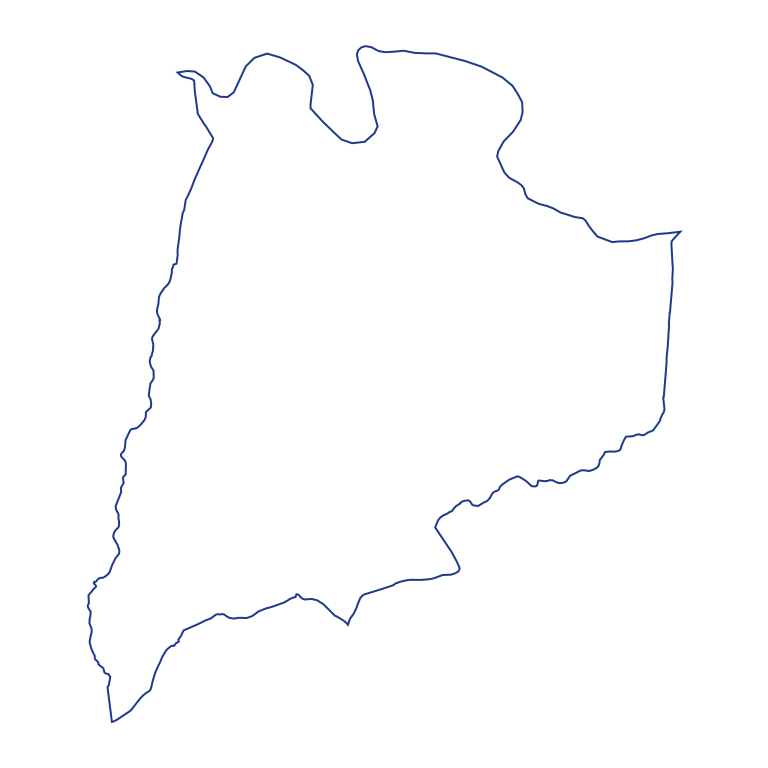 Unguriu, Buzau, Romania
{"feature_id": "2599482B64546801650648", "entity_name": "Unguriu", "entity_type": "district", "adm_level": 2, "iso_a3": "ROU", "parent_name": "Romania", "parent_adm1": "Buzau", "projection": "natural_earth1", "projection_center": [26.623, 45.27], "detail": "fine", "context": "isolated", "style": "outline", "palette": "blue", "viewbox_px": 768, "rotation_deg": 0, "n_neighbors": 0, "source": "geoboundaries", "source_scale": "gbopen_adm2", "svg_char_len": 6050}
<svg xmlns="http://www.w3.org/2000/svg" viewBox="0 0 768 768"><path d="M347.9,624.8L349.9,619.0L350.7,617.7L353.6,613.9L356.3,608.3L357.6,604.4L360.2,598.2L362.0,596.0L364.1,594.5L382.2,588.9L392.8,585.4L393.8,584.8L395.6,583.4L396.4,583.1L397.5,583.0L398.7,582.2L404.8,580.6L410.0,579.8L420.8,579.9L427.6,579.4L431.8,578.8L435.7,577.6L442.7,575.0L450.8,574.7L455.0,573.4L458.2,571.5L459.0,570.3L459.6,568.8L459.3,567.1L456.8,561.7L451.8,552.3L435.2,527.5L436.8,523.3L438.2,520.1L440.2,517.7L441.6,516.5L444.0,515.0L444.8,514.9L447.3,513.6L449.8,511.9L450.6,511.5L451.3,511.5L452.8,510.1L453.3,509.1L454.4,507.8L455.8,506.4L457.9,504.9L460.3,503.5L460.2,503.0L462.4,501.5L463.9,500.9L467.1,500.4L468.6,500.4L469.5,501.0L470.4,501.9L472.1,504.6L473.4,505.4L477.3,505.9L478.0,505.9L479.5,505.2L483.4,502.7L487.2,501.0L489.5,498.5L492.4,493.4L493.8,492.1L495.4,491.2L496.9,490.9L498.3,490.0L499.3,488.8L499.6,487.6L500.4,486.4L502.5,484.4L509.0,479.8L516.8,476.5L517.8,476.4L518.9,476.7L521.1,477.8L526.4,481.3L531.5,486.0L533.1,486.3L535.2,486.4L536.6,486.0L537.6,484.3L537.7,482.6L538.1,481.2L538.4,480.8L538.8,480.5L544.7,481.2L548.1,480.8L549.9,480.0L551.1,480.3L552.8,480.3L554.3,481.2L556.9,482.4L558.9,483.0L560.4,483.1L562.7,482.8L565.1,482.1L566.6,481.0L569.5,476.6L570.2,475.8L571.4,475.1L575.8,473.0L580.4,470.6L581.8,470.3L584.0,470.3L589.0,471.0L593.0,469.9L594.4,469.0L596.6,468.0L598.2,466.4L598.8,465.2L599.4,463.3L599.9,459.6L601.1,458.5L603.8,454.7L604.9,452.2L606.0,451.9L608.7,451.6L611.4,451.5L614.2,451.7L617.8,451.1L619.7,450.2L620.8,448.5L621.5,445.8L622.8,442.7L624.5,439.2L625.6,437.2L626.0,436.7L633.1,436.2L636.4,434.7L638.9,434.3L641.4,435.1L643.3,435.2L644.6,434.7L647.7,432.6L653.0,430.5L657.5,424.4L660.3,420.3L660.2,419.1L662.1,414.8L662.9,413.8L663.9,411.9L664.5,409.1L663.2,397.5L663.5,396.7L663.8,396.7L666.0,369.8L666.3,365.3L666.6,362.6L666.5,360.3L666.7,356.6L667.7,346.8L669.1,324.9L668.8,324.6L669.7,312.5L670.0,312.3L672.5,282.9L672.3,278.4L672.9,268.9L672.6,265.5L671.4,244.2L671.7,241.3L672.9,239.7L680.3,231.7L668.4,233.2L657.7,234.0L651.4,235.5L644.4,238.2L636.4,240.3L628.8,241.3L619.2,241.4L612.3,242.1L597.5,236.6L592.6,230.9L588.9,226.0L585.4,220.4L582.6,218.2L575.0,217.1L560.5,212.5L553.7,208.6L547.7,206.2L538.7,203.8L527.7,198.3L525.3,194.1L523.9,188.5L521.9,185.6L517.5,182.3L509.2,177.8L504.6,172.8L502.5,168.5L497.1,156.4L498.4,150.8L503.8,141.3L512.9,131.9L520.7,120.0L522.6,112.0L522.1,102.1L518.2,94.7L512.6,85.9L502.5,77.5L481.5,66.6L464.9,61.0L435.7,53.4L427.3,53.4L414.8,52.9L403.4,50.7L396.5,51.5L385.5,52.2L378.6,51.1L371.6,47.3L365.7,46.1L361.3,47.4L358.1,50.5L356.9,54.5L358.0,60.9L363.9,74.1L370.2,90.3L372.8,100.2L374.1,113.8L377.6,126.4L374.6,133.0L364.7,141.8L352.1,143.2L341.6,139.6L336.6,135.0L322.7,121.6L310.6,108.4L310.5,104.9L312.8,85.0L309.3,75.9L302.5,69.8L295.8,64.9L280.0,57.4L267.1,53.6L254.5,57.8L245.8,66.3L233.8,92.3L227.6,97.0L220.5,96.8L212.7,93.3L210.0,86.4L203.5,77.4L194.9,71.6L187.1,71.0L177.6,72.5L180.6,75.1L182.4,76.4L184.7,77.2L191.5,78.8L194.1,80.5L194.9,92.1L197.6,112.0L197.6,113.5L204.6,124.8L205.3,125.4L212.6,137.3L213.0,138.3L212.9,139.5L212.6,140.6L211.3,143.4L207.9,149.6L202.4,162.2L199.4,168.7L194.5,179.8L191.3,188.3L187.6,196.5L185.8,199.7L184.3,209.3L183.8,210.8L182.7,213.1L181.9,218.0L180.6,224.9L179.8,231.0L179.4,236.3L177.9,247.1L177.5,251.4L177.7,254.9L176.5,263.5L176.0,264.0L173.5,264.6L172.9,267.5L171.9,268.9L171.9,272.0L170.9,277.3L169.8,281.1L168.4,283.8L166.6,285.8L164.4,287.9L161.0,292.8L159.7,295.1L158.9,297.5L158.4,304.0L157.5,307.3L157.0,310.3L157.1,312.4L157.5,314.3L160.2,320.0L159.4,320.4L159.9,322.6L159.3,325.7L158.5,328.7L153.2,335.7L152.4,337.1L152.0,338.9L153.3,344.6L153.1,348.9L152.7,351.7L151.8,354.4L151.8,355.5L150.3,357.9L149.7,361.4L150.4,364.8L151.5,367.5L152.7,369.3L153.6,370.9L153.7,378.0L152.7,380.2L150.4,383.6L148.9,394.1L148.9,395.9L150.6,399.4L151.2,403.4L150.8,407.5L146.2,411.8L145.9,412.3L145.8,416.8L144.7,419.7L140.8,424.6L137.4,427.7L135.1,428.5L131.9,429.0L130.6,429.7L129.3,432.1L125.6,440.0L124.9,447.8L123.9,450.8L121.5,453.4L121.0,454.6L120.9,455.6L121.6,457.1L124.9,460.5L125.9,463.2L125.7,474.5L123.7,476.4L122.9,477.9L123.3,480.2L123.6,483.1L121.0,487.6L121.0,490.2L121.2,492.0L115.6,506.3L116.1,509.7L118.1,513.2L118.6,515.3L118.6,516.5L118.3,517.5L119.0,521.1L119.1,525.2L118.4,527.3L115.1,530.8L114.4,531.9L113.4,535.1L113.3,537.4L118.1,545.9L118.2,547.2L119.2,549.3L119.3,551.9L119.0,553.8L115.8,557.7L112.3,564.6L109.7,571.9L108.9,573.2L106.7,575.4L104.2,577.1L102.9,577.7L100.5,577.9L99.0,578.4L97.6,579.5L96.4,581.1L95.5,581.7L94.0,582.1L93.8,583.1L96.1,586.1L95.6,587.2L93.1,589.5L91.8,591.4L88.5,595.3L88.9,603.2L87.7,605.7L87.8,606.5L88.7,608.8L90.5,611.2L90.7,612.4L90.2,617.1L89.6,618.9L89.6,621.7L89.3,622.7L91.7,629.2L91.6,632.6L90.6,636.2L89.6,642.1L91.1,648.0L93.1,652.7L94.7,655.7L94.8,658.5L95.3,659.4L97.3,661.2L98.0,662.1L98.4,663.0L98.5,664.3L100.5,666.1L102.2,667.3L103.4,668.5L104.4,672.2L104.8,672.9L105.4,673.3L108.5,674.1L109.4,675.9L110.2,676.5L110.3,677.0L108.8,685.1L107.5,687.0L111.9,721.9L113.6,721.5L117.0,719.7L129.9,711.1L131.8,709.2L139.8,698.9L142.5,696.0L144.4,694.3L146.3,692.8L147.9,692.0L149.8,690.6L150.7,689.1L151.4,686.8L152.4,682.2L154.5,674.9L155.9,671.0L158.3,665.7L160.1,662.2L161.9,657.7L163.7,654.4L165.7,651.1L166.8,649.7L168.2,648.4L171.4,645.9L173.2,645.7L174.2,645.9L174.6,644.9L175.9,643.3L178.8,641.6L178.4,639.6L181.2,635.5L182.8,631.9L183.8,630.3L197.9,624.2L205.3,620.5L210.9,618.4L215.8,614.7L217.6,614.2L220.6,614.4L222.8,614.1L224.4,614.6L227.0,616.6L229.0,617.6L230.1,618.0L234.1,618.6L237.8,617.9L242.0,617.8L244.3,618.0L246.7,618.0L252.0,616.2L257.1,612.6L257.8,611.8L261.5,610.2L266.3,608.3L268.3,607.9L272.3,606.7L283.9,602.6L286.8,601.0L289.9,599.0L293.5,597.5L295.6,597.0L296.3,594.4L296.9,594.2L297.8,594.3L299.0,595.2L301.4,597.9L302.7,598.8L305.2,599.5L311.4,598.9L316.9,600.2L323.1,604.0L326.3,607.1L334.8,615.6L337.0,616.6L343.7,620.7L346.7,623.2L347.9,624.8Z" fill="none" stroke="#1e3a8a" stroke-width="2"/></svg>